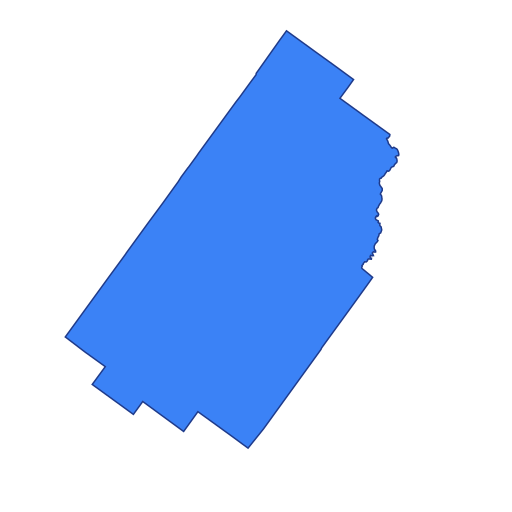 outline of Teton, Wyoming, United States of America, rotated 36°
{"feature_id": "52423323B3751484868396", "entity_name": "Teton", "entity_type": "district", "adm_level": 2, "iso_a3": "USA", "parent_name": "United States of America", "parent_adm1": "Wyoming", "projection": "equal_earth", "projection_center": [-110.362, 43.951], "detail": "fine", "context": "isolated", "style": "filled", "palette": "blue", "viewbox_px": 512, "rotation_deg": 36, "n_neighbors": 0, "source": "geoboundaries", "source_scale": "gbopen_adm2", "svg_char_len": 2819}
<svg xmlns="http://www.w3.org/2000/svg" viewBox="0 0 512 512"><g transform="rotate(36 256 256)"><path d="M149.3,381.4L149.3,433.6L174.5,434.2L199.1,434.1L199.0,456.2L249.9,456.2L249.9,440.3L300.6,440.5L300.5,416.1L343.3,416.0L355.6,416.1L362.5,416.1L363.7,391.6L363.5,293.5L363.1,291.7L363.1,239.3L363.1,235.5L363.0,210.3L362.9,204.7L349.1,203.8L348.3,203.2L347.9,201.8L347.4,201.6L347.4,200.8L347.6,199.7L347.2,199.1L347.3,198.1L347.3,196.8L348.6,196.1L348.9,195.0L348.9,194.0L348.5,193.5L348.6,192.4L349.6,191.7L351.2,190.8L350.7,189.9L349.7,190.4L348.7,189.5L348.3,188.1L349.3,187.6L349.6,187.8L350.8,186.7L349.4,185.8L348.3,185.3L348.5,183.5L349.3,183.3L350.4,182.5L350.0,181.8L349.2,181.2L348.7,181.5L347.0,180.2L345.8,178.5L345.3,176.0L345.7,173.2L345.6,171.8L344.3,171.2L343.7,169.4L343.5,167.6L342.6,165.6L343.3,164.0L342.4,161.0L340.1,158.9L338.3,158.6L337.4,157.4L337.1,156.7L335.8,157.2L335.0,157.0L334.9,156.4L334.3,155.7L331.9,156.1L330.7,155.6L330.0,154.7L329.9,153.6L330.5,153.6L330.6,153.8L330.6,153.4L330.3,153.0L330.2,152.8L330.4,152.8L330.4,152.7L330.6,152.5L330.7,152.3L330.9,152.4L331.0,152.3L331.1,152.0L331.1,151.8L331.2,152.1L331.2,151.6L331.0,151.4L330.9,151.3L331.0,151.2L330.9,150.7L330.7,150.1L329.6,149.5L328.0,149.1L326.7,148.3L326.1,147.3L325.9,146.1L326.3,145.1L325.8,143.6L325.7,142.6L325.5,141.2L325.6,140.0L325.4,138.6L325.3,137.5L324.8,136.4L324.1,135.4L323.0,134.4L322.5,133.7L321.3,133.1L320.3,132.9L319.9,131.9L319.9,131.1L319.7,129.9L319.7,129.0L318.9,127.8L318.3,127.1L317.1,126.8L316.4,126.5L315.8,126.3L314.8,126.1L314.1,125.5L313.4,125.1L312.7,124.2L312.2,122.9L311.5,122.3L310.7,121.1L310.9,120.0L311.5,119.6L311.5,118.2L312.2,116.2L312.3,114.8L312.1,113.1L312.2,112.0L312.1,111.1L311.9,110.3L312.2,109.9L312.6,109.8L313.0,109.8L313.5,109.3L313.7,108.7L313.8,108.0L313.7,107.2L313.4,105.5L313.4,104.8L313.9,103.6L314.7,102.6L314.6,101.9L314.3,100.6L314.5,99.8L314.5,98.9L314.9,97.9L314.7,96.9L313.8,95.6L312.7,94.6L311.8,94.1L311.2,94.4L310.7,94.2L310.4,93.7L310.5,93.4L310.7,92.8L311.0,92.2L311.3,91.7L311.7,91.6L312.3,91.0L312.1,90.2L310.9,88.9L309.3,87.7L307.7,86.8L306.5,86.6L305.8,86.9L304.5,86.9L303.6,87.0L303.2,87.8L303.2,88.4L303.0,88.5L302.7,88.7L302.3,88.6L301.6,88.6L300.4,88.1L298.8,87.6L297.1,87.2L295.9,86.2L294.9,85.5L293.9,85.0L292.7,84.5L292.7,83.5L293.5,83.1L293.7,80.5L292.9,79.0L259.9,79.1L231.2,79.1L231.3,64.7L231.2,55.9L207.4,55.8L183.9,55.9L166.8,55.9L160.0,55.9L148.3,55.9L148.3,67.4L148.8,108.1L149.5,109.3L149.4,119.4L149.4,120.0L149.4,136.9L149.2,142.9L149.1,206.7L149.2,209.5L149.2,224.0L149.1,224.6L149.0,236.0L149.4,241.6L149.4,246.2L149.4,248.6L149.5,267.2L149.3,293.1L149.3,318.0L149.3,319.4L149.3,329.0L149.3,329.6L149.3,329.8L149.4,330.9L149.4,337.1L149.3,358.4L149.3,381.4Z" fill="#3b82f6" stroke="#1e3a8a" stroke-width="1.5"/></g></svg>